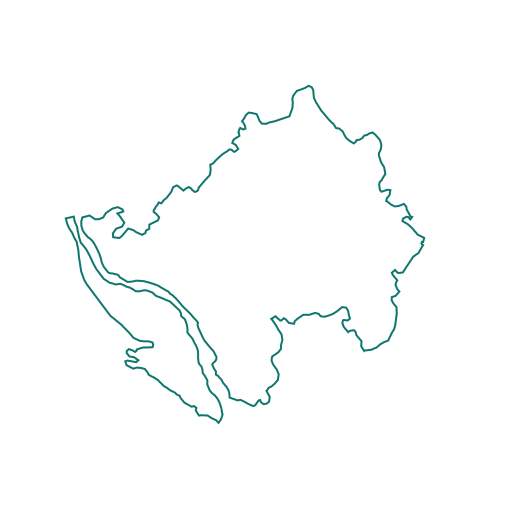 outline of Markz Bani Mazar, Al Minya, Egypt, rotated 141°
{"feature_id": "37247803B20583905741630", "entity_name": "Markz Bani Mazar", "entity_type": "district", "adm_level": 2, "iso_a3": "EGY", "parent_name": "Egypt", "parent_adm1": "Al Minya", "projection": "natural_earth1", "projection_center": [30.776, 28.515], "detail": "fine", "context": "isolated", "style": "outline", "palette": "teal", "viewbox_px": 512, "rotation_deg": 141, "n_neighbors": 0, "source": "geoboundaries", "source_scale": "gbopen_adm2", "svg_char_len": 6154}
<svg xmlns="http://www.w3.org/2000/svg" viewBox="0 0 512 512"><g transform="rotate(141 256 256)"><path d="M365.6,162.5L361.1,155.3L358.7,154.1L357.2,151.1L355.0,145.7L352.7,141.2L350.6,140.5L344.9,142.1L343.4,141.4L344.1,139.8L344.1,139.1L343.3,136.0L340.4,134.5L337.5,134.6L335.6,136.4L334.0,137.8L332.7,144.7L331.3,144.8L329.2,145.6L326.3,144.9L322.0,145.0L317.0,145.9L312.8,149.8L311.4,154.5L310.9,161.4L309.5,165.3L306.7,167.7L299.5,167.1L295.3,168.0L292.5,171.1L288.2,174.3L285.5,179.0L284.9,185.2L284.2,189.0L283.6,195.2L283.7,197.5L278.7,196.9L278.6,195.3L277.8,190.7L277.1,190.0L273.5,190.1L272.7,187.8L272.6,183.2L269.0,179.4L266.9,181.0L262.6,181.1L256.1,180.5L251.7,176.8L245.9,174.6L243.7,171.6L243.7,168.5L240.7,165.5L237.1,164.0L232.8,162.6L227.0,162.0L221.3,162.1L218.4,159.1L219.0,155.3L221.1,151.4L222.4,148.2L225.3,148.2L228.2,151.2L228.9,151.2L231.1,149.6L232.4,145.7L232.3,138.8L230.1,138.8L226.5,136.6L226.4,134.3L227.8,131.2L227.6,123.5L231.1,119.5L231.7,114.1L231.0,114.2L228.8,112.7L225.9,110.9L225.2,110.5L222.3,109.8L220.1,109.0L215.1,109.2L210.8,108.5L206.5,107.1L201.5,109.5L198.0,111.1L195.1,112.0L191.6,114.4L183.2,122.3L179.0,127.8L179.1,132.4L178.4,136.3L176.3,138.6L172.7,137.2L167.0,138.1L167.1,141.2L165.7,145.8L163.6,147.4L161.5,148.2L161.6,155.2L161.0,157.5L159.8,157.5L156.7,157.7L156.6,154.5L155.9,153.0L152.2,150.8L146.2,152.8L142.2,154.0L134.3,156.5L129.6,156.2L128.0,156.0L119.3,159.4L119.7,160.0L119.5,161.8L118.0,162.5L117.3,161.7L113.9,164.2L117.0,171.1L116.9,173.8L117.1,175.4L117.0,178.0L117.4,181.5L118.0,185.1L120.2,191.1L118.2,192.5L114.4,191.8L113.1,190.3L113.1,187.3L110.1,188.1L111.0,189.5L109.6,197.3L108.2,199.7L108.3,203.5L113.6,205.0L117.0,207.2L118.6,210.8L119.6,215.3L119.8,216.3L120.2,216.8L117.9,218.6L116.4,218.7L113.6,219.5L110.1,222.7L112.3,224.9L116.6,226.4L118.1,227.1L118.1,229.4L115.3,234.1L113.2,235.7L111.1,235.7L106.8,237.4L104.0,238.2L102.6,240.6L100.5,244.5L99.9,249.9L97.2,256.9L95.8,258.5L92.3,260.1L89.5,262.5L88.8,263.3L86.7,267.9L86.9,274.9L87.7,278.7L91.3,280.1L93.2,280.1L96.3,281.5L99.2,280.7L102.8,281.4L105.0,282.8L106.4,282.0L109.2,282.0L110.8,286.5L111.6,291.1L111.0,295.0L110.3,298.1L111.1,302.7L113.3,305.0L112.7,309.6L113.5,315.0L113.8,328.0L113.2,332.7L112.6,338.1L111.3,342.7L107.1,349.0L106.5,352.1L108.0,355.1L112.3,355.8L116.6,357.2L120.2,358.6L123.8,357.8L126.6,356.9L128.8,355.3L130.8,352.2L134.3,348.3L142.1,343.5L157.3,349.2L161.6,351.4L164.5,352.1L168.1,355.1L168.2,359.0L166.9,362.8L166.2,365.9L169.2,369.7L171.4,372.0L175.0,371.9L179.2,370.2L182.1,369.4L182.0,367.1L182.7,364.0L184.0,361.6L186.2,362.3L187.7,365.4L189.8,364.6L192.0,363.0L191.9,362.2L193.3,359.8L199.1,360.5L200.5,360.4L203.3,358.8L201.8,355.0L202.4,350.4L206.0,350.3L207.5,350.7L208.2,354.1L209.7,355.6L212.6,355.5L213.1,355.6L217.6,356.2L221.8,356.0L226.4,355.7L231.2,355.0L234.1,355.7L236.8,351.8L237.3,351.3L238.2,350.3L241.1,347.9L248.2,346.9L257.5,345.2L259.6,343.6L261.0,343.5L263.2,344.2L264.0,347.3L264.0,349.6L264.8,351.9L268.4,352.6L271.2,352.5L272.8,360.2L273.6,360.9L277.2,361.6L281.4,359.2L284.3,358.5L288.5,357.5L292.8,357.4L296.4,356.5L297.9,358.8L300.0,357.9L303.6,357.1L305.0,356.3L306.4,356.2L307.8,354.7L307.0,351.6L306.9,347.0L309.8,345.4L319.1,347.5L321.9,344.3L325.5,345.0L327.6,343.4L330.5,344.1L331.2,344.1L334.2,350.2L335.0,353.2L338.0,357.8L347.2,356.0L350.8,355.9L355.2,360.4L353.1,363.6L347.4,365.2L341.6,363.1L337.4,364.7L336.8,372.4L336.9,376.3L333.3,374.8L331.1,374.1L330.5,376.4L332.7,381.0L337.8,383.2L345.7,383.8L350.6,382.1L355.0,383.5L357.9,385.8L358.6,388.1L359.9,392.2L366.8,395.3L367.5,394.5L369.7,393.2L372.7,389.4L374.4,385.3L374.9,382.3L374.8,376.5L374.0,373.5L373.7,370.5L373.9,367.7L374.8,362.9L376.1,357.4L377.7,352.6L380.0,347.8L381.1,343.5L381.2,339.0L381.2,336.2L380.2,334.3L378.5,332.8L376.9,330.5L375.4,328.8L375.0,327.1L375.2,324.9L373.7,321.1L372.4,317.1L371.0,315.8L367.3,313.5L364.7,312.3L361.2,309.1L358.8,306.8L355.5,302.2L353.0,298.5L350.5,294.1L349.7,291.5L347.8,286.6L346.5,283.4L346.5,280.4L345.6,278.3L345.0,273.8L344.7,268.8L344.6,262.6L343.4,252.7L343.3,247.1L343.0,243.9L343.0,240.9L344.8,239.3L346.1,236.3L348.8,225.5L349.3,222.5L349.2,213.2L348.9,208.9L349.8,204.8L350.2,202.5L351.6,200.9L353.4,200.0L355.8,199.8L357.2,199.7L358.4,199.1L358.7,197.8L359.5,195.0L359.8,191.5L361.8,189.1L361.0,186.8L360.9,184.0L360.7,181.4L361.4,178.4L361.3,172.4L361.9,169.1L362.8,166.7L364.6,163.9L365.6,162.5ZM372.8,401.3L380.2,404.9L382.8,398.9L383.9,394.5L384.2,390.0L385.8,384.2L386.4,380.0L390.3,372.5L393.8,367.3L401.5,354.2L404.5,345.7L405.3,340.7L406.8,301.3L403.8,286.9L403.7,284.6L402.9,276.9L402.7,269.3L399.7,263.2L396.8,260.2L393.1,257.2L390.9,254.1L391.6,251.8L393.7,250.2L395.9,251.7L401.7,256.2L407.5,258.4L408.2,257.6L410.3,257.5L411.1,259.8L413.3,263.6L416.2,263.5L417.6,262.0L417.5,257.4L414.6,254.3L413.0,249.0L415.9,248.9L421.8,255.7L423.9,256.4L425.3,252.6L422.3,245.7L418.7,244.2L415.7,241.2L413.5,238.2L413.5,234.0L414.1,231.3L413.3,229.0L411.8,225.9L410.3,221.4L409.4,212.1L408.7,211.4L407.1,205.3L404.9,200.7L404.8,198.4L403.3,195.4L404.0,193.0L403.9,186.9L400.8,179.3L398.7,178.5L397.9,175.5L400.0,173.9L400.6,169.3L400.6,167.7L399.1,167.0L394.0,162.5L392.5,157.9L390.3,153.3L390.1,149.9L385.9,151.1L381.8,153.9L381.7,153.9L381.3,155.0L379.7,157.8L378.7,159.6L377.8,162.0L376.6,165.0L375.7,169.6L375.7,173.5L376.6,177.7L376.5,181.0L375.9,182.9L374.6,187.0L372.2,189.7L371.6,192.5L371.1,195.9L371.1,198.5L370.2,199.8L368.8,202.0L368.0,204.4L368.1,207.6L367.3,210.0L364.8,213.7L362.6,216.3L360.8,218.9L359.1,223.5L358.4,227.6L357.4,231.9L357.5,237.5L357.4,239.9L355.4,242.0L353.2,245.7L351.7,249.6L351.1,251.8L352.0,256.1L350.3,259.1L349.7,261.8L350.8,270.2L351.5,274.7L353.8,278.9L356.1,283.4L358.8,287.9L359.5,292.8L362.4,297.7L364.2,299.6L369.1,302.1L371.7,304.4L372.4,307.0L373.9,310.8L375.9,313.6L377.4,317.2L379.0,319.8L382.9,322.1L384.1,324.0L386.6,327.4L388.7,334.2L388.6,338.8L388.3,346.5L387.2,352.4L385.0,361.2L384.2,365.5L383.7,368.6L383.7,372.3L383.8,376.6L381.9,381.4L378.4,388.4L376.8,391.0L375.7,395.1L374.7,397.9L373.4,400.1L372.8,401.3Z" fill="none" stroke="#0f766e" stroke-width="2"/></g></svg>